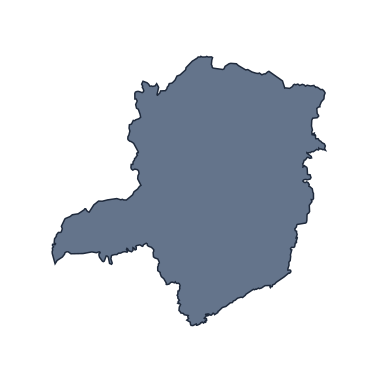 the State of Minas Gerais, rotated 350°
{"feature_id": "BRA-601", "entity_name": "Minas Gerais", "entity_type": "State", "adm_level": 1, "iso_a3": "BRA", "parent_name": "Brazil", "parent_adm1": "", "projection": "robinson", "projection_center": [-44.656, -18.566], "detail": "fine", "context": "isolated", "style": "filled", "palette": "slate", "viewbox_px": 384, "rotation_deg": 350, "n_neighbors": 0, "source": "natural_earth", "source_scale": "10m", "svg_char_len": 6034}
<svg xmlns="http://www.w3.org/2000/svg" viewBox="0 0 384 384"><g transform="rotate(350 192 192)"><path d="M163.0,74.4L166.7,76.6L168.0,78.3L168.9,80.5L170.7,80.6L171.5,81.2L174.1,81.1L176.0,79.2L177.3,83.1L174.5,89.9L174.5,90.4L174.9,90.7L177.5,88.9L178.6,87.0L183.4,87.6L185.2,86.0L185.8,84.5L187.2,83.4L188.4,81.3L191.0,81.3L192.5,80.5L194.8,78.8L197.3,75.2L200.6,74.6L206.5,70.9L207.1,70.3L207.7,68.5L215.0,63.2L220.4,61.0L221.5,60.1L223.5,60.5L224.2,59.9L225.6,60.9L229.1,61.4L230.0,61.0L231.4,61.9L234.6,62.3L235.6,63.2L234.4,65.6L233.2,69.8L233.6,71.1L233.6,72.8L234.4,73.7L243.6,76.7L244.9,76.3L246.4,74.0L250.8,72.1L252.5,72.0L258.0,73.4L259.6,75.5L266.1,81.1L268.2,81.1L271.9,84.2L275.8,86.2L277.8,86.8L279.0,86.5L281.1,88.7L283.5,88.2L284.9,88.4L287.3,86.9L288.7,86.5L300.4,98.3L301.4,105.8L302.1,105.7L306.2,106.9L309.2,105.6L310.4,104.2L311.5,103.7L312.9,104.4L315.0,104.1L316.6,105.8L319.3,105.1L321.1,106.1L322.1,107.5L324.0,106.8L327.2,108.2L330.6,108.2L331.1,109.4L331.9,109.8L332.1,110.5L333.1,110.4L333.9,110.8L336.5,113.5L338.3,113.7L339.6,115.6L340.3,117.6L339.0,119.8L338.1,123.2L335.0,125.7L332.9,129.0L332.8,130.3L331.3,130.3L329.4,131.4L328.9,136.5L329.9,138.4L329.9,139.3L328.2,140.6L323.7,140.3L322.4,142.1L321.1,147.9L321.4,152.0L320.4,153.4L320.2,156.4L321.0,156.7L321.5,155.6L322.6,155.3L322.0,157.0L322.3,157.4L323.1,157.0L323.5,157.7L323.1,160.1L323.3,161.1L325.5,161.4L326.3,163.4L327.7,164.5L328.5,165.9L330.7,167.6L331.3,169.8L330.1,172.2L330.7,174.1L329.2,173.1L328.0,173.0L327.4,172.4L325.0,171.6L324.5,170.9L324.2,172.3L323.8,172.6L322.2,171.7L318.5,173.4L316.9,173.0L315.2,173.9L314.3,173.5L312.8,173.7L312.0,173.2L312.0,173.9L315.6,177.7L315.7,179.2L313.9,179.3L312.2,177.9L311.4,178.0L309.2,180.1L308.0,180.2L306.6,182.9L305.9,183.4L306.1,185.4L305.6,186.6L306.4,186.5L307.2,185.6L309.3,187.7L309.5,189.0L308.8,194.6L309.2,195.0L311.3,195.5L311.7,198.5L310.6,199.8L307.1,200.0L306.6,199.4L305.0,199.3L303.8,199.6L303.1,200.5L304.1,201.9L305.1,202.4L306.7,201.9L308.1,203.1L308.1,204.0L308.8,204.7L308.1,206.7L309.0,207.2L311.0,209.7L311.0,213.4L311.4,214.3L310.5,219.6L309.5,220.6L308.2,220.2L308.4,222.4L305.2,225.4L304.4,231.7L303.1,233.1L302.0,233.4L301.3,234.4L300.2,239.8L299.5,241.6L298.6,242.3L290.0,242.2L289.4,242.8L288.7,244.6L286.8,246.2L287.0,248.0L288.2,248.8L287.9,250.2L288.2,252.0L286.6,255.1L287.6,254.9L287.8,255.3L285.9,258.9L286.3,259.5L285.8,260.1L284.8,260.3L283.6,263.7L282.7,264.2L280.4,263.8L279.1,265.0L279.2,266.0L280.2,266.3L280.1,266.6L278.0,271.0L278.0,272.5L276.8,276.6L275.2,278.0L274.8,281.0L273.0,284.4L272.9,285.6L274.9,285.8L275.5,286.3L275.6,287.3L275.2,288.1L274.1,288.9L273.0,288.7L268.0,291.6L259.2,295.6L257.5,297.0L255.8,297.3L255.2,297.6L254.6,299.0L253.5,298.9L252.6,299.8L252.3,299.0L252.7,297.6L247.6,296.9L243.8,298.6L241.5,298.9L240.7,298.2L238.5,299.0L237.9,298.7L236.5,299.1L235.5,298.5L227.5,302.0L226.5,303.0L223.5,304.7L222.1,304.1L218.4,304.5L215.8,306.1L213.8,306.5L212.6,307.9L210.5,307.8L205.5,310.6L201.9,311.0L197.6,313.9L196.9,314.1L196.5,315.2L192.9,316.7L192.4,315.4L191.7,315.0L189.8,316.6L188.5,316.4L188.1,315.6L186.0,316.7L185.5,316.0L186.4,314.8L184.3,314.8L184.1,315.1L184.7,316.5L182.1,318.4L182.6,319.0L184.0,319.0L184.3,319.5L184.1,321.0L183.1,321.1L183.2,322.0L182.9,322.6L182.4,322.7L181.8,322.0L180.7,323.1L179.4,321.8L178.8,322.4L177.9,322.3L176.8,323.4L173.9,324.1L173.3,324.0L173.2,322.7L169.7,323.7L167.9,323.2L167.5,321.9L167.7,319.9L164.6,317.3L166.7,315.9L166.1,314.2L166.9,313.0L163.0,311.5L162.5,310.2L159.9,309.1L159.6,307.8L158.6,306.4L159.5,303.1L161.2,300.9L160.5,299.8L159.1,299.5L158.6,299.0L159.6,298.4L159.3,297.7L159.6,297.2L160.8,296.5L159.6,293.9L160.0,292.7L159.4,291.1L160.3,290.2L161.0,287.1L162.1,287.1L163.3,284.7L163.3,283.2L164.0,282.3L163.6,280.3L162.9,279.5L161.1,279.4L160.2,278.5L159.9,277.6L158.9,278.4L156.9,277.3L155.5,277.3L153.4,278.7L151.2,278.8L150.6,278.5L150.8,277.0L149.2,272.5L147.1,270.0L146.5,266.8L146.7,265.7L144.6,263.5L145.2,259.8L146.1,258.7L146.4,257.1L147.5,256.3L147.6,255.3L146.7,252.0L143.9,250.4L142.8,249.1L143.2,244.9L144.0,243.7L144.3,242.1L142.4,239.4L139.9,238.0L138.8,236.9L138.9,235.3L138.0,234.5L135.1,235.5L134.2,236.8L133.6,236.9L131.5,235.0L127.9,235.2L127.2,235.9L127.5,236.8L127.1,238.8L125.9,239.2L125.1,237.3L124.2,236.6L123.8,239.2L122.1,240.4L119.5,238.9L118.7,236.7L118.1,236.2L117.5,237.1L118.2,239.2L117.6,240.0L115.6,239.1L113.4,239.1L111.1,239.8L109.0,239.5L107.1,240.6L105.0,240.2L102.3,240.4L101.6,240.8L100.5,243.7L101.1,248.2L100.2,249.2L98.4,248.0L98.3,242.8L98.1,241.4L97.4,240.4L96.4,240.1L93.6,244.8L92.7,245.2L91.8,244.7L89.6,240.2L89.4,238.1L89.7,236.6L90.9,236.0L91.0,235.4L90.2,234.8L87.3,235.2L83.0,233.6L74.1,233.7L62.0,231.8L59.7,229.4L58.0,229.1L56.2,229.9L55.7,231.1L53.1,233.5L47.3,236.0L44.7,238.9L43.7,228.3L43.9,226.5L44.7,225.0L44.7,223.0L46.1,222.0L45.3,220.4L45.6,219.3L46.6,219.2L47.8,220.1L48.6,219.4L47.5,217.8L48.5,214.2L50.7,212.1L51.0,210.8L52.9,209.0L53.5,208.6L55.2,209.0L56.3,208.6L57.9,205.7L57.4,203.1L62.1,196.5L62.8,196.1L67.7,195.0L70.2,193.6L76.1,193.7L82.5,190.9L83.6,189.9L84.4,190.1L85.1,192.1L86.5,193.7L87.2,194.0L93.1,187.6L98.4,184.7L102.0,185.5L107.4,185.1L116.8,185.4L120.5,187.3L122.2,187.1L123.2,187.9L126.0,188.5L133.0,184.5L135.0,181.6L138.9,179.7L141.3,177.3L142.9,176.6L140.8,169.6L141.6,166.6L143.1,164.5L143.0,161.9L142.1,160.5L139.6,159.5L137.5,160.2L136.3,158.8L136.1,157.3L136.9,154.3L138.5,154.6L139.3,151.9L140.8,150.6L141.3,149.0L142.6,148.5L143.3,147.3L144.6,146.5L144.1,144.8L144.9,143.8L145.9,143.9L146.1,143.2L143.0,133.9L140.9,131.8L139.6,131.2L138.3,129.7L138.0,128.7L138.5,126.4L139.7,125.0L141.4,121.2L141.1,118.2L142.0,114.9L144.2,114.6L146.6,111.3L148.0,111.8L149.2,111.1L152.4,110.6L154.4,109.5L154.4,106.6L153.5,101.2L151.9,99.8L151.7,96.1L153.9,92.8L153.0,90.6L151.9,90.5L152.8,85.0L153.6,83.8L155.5,83.4L157.0,83.7L160.2,85.5L161.5,84.9L162.1,84.0L161.8,81.6L161.2,80.6L161.8,79.0L161.1,77.1L163.0,74.4Z" fill="#64748b" stroke="#1e293b" stroke-width="1.5"/></g></svg>